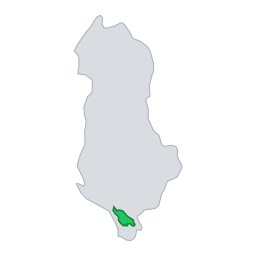 location of Delvinë, Vlorë, Albania
{"feature_id": "67620474B1879164611880", "entity_name": "Delvinë", "entity_type": "district", "adm_level": 2, "iso_a3": "ALB", "parent_name": "Albania", "parent_adm1": "Vlorë", "projection": "robinson", "projection_center": [20.095, 39.973], "detail": "fine", "context": "in_parent", "style": "filled", "palette": "green", "viewbox_px": 256, "rotation_deg": 0, "n_neighbors": 0, "source": "geoboundaries", "source_scale": "gbopen_adm2", "svg_char_len": 1746}
<svg xmlns="http://www.w3.org/2000/svg" viewBox="0 0 256 256"><path d="M77.9,73.9L78.1,70.2L79.1,64.2L78.6,62.3L79.2,58.9L77.3,54.3L74.2,51.1L77.2,45.3L81.6,38.4L85.6,32.8L90.4,27.1L93.7,21.6L97.2,16.8L100.2,15.4L101.6,16.4L102.4,18.4L102.2,24.6L103.3,26.7L105.3,28.3L109.7,27.5L114.5,26.0L121.0,22.7L122.1,22.9L124.6,24.6L129.6,32.1L132.9,38.6L139.5,40.9L143.2,43.4L147.9,47.3L150.2,51.2L153.4,63.1L153.8,70.3L152.9,73.6L152.1,74.4L149.2,86.1L149.9,92.1L149.9,96.0L147.4,97.6L145.7,100.0L148.4,109.8L148.1,114.0L148.2,118.7L153.1,129.6L156.0,133.0L158.6,134.6L161.9,144.6L163.8,146.3L171.8,145.4L175.7,146.5L177.2,148.9L177.6,150.5L177.1,156.1L179.1,160.4L181.8,164.9L181.8,167.6L180.0,172.0L176.8,177.2L172.6,179.2L167.9,180.9L165.7,184.9L164.6,189.2L162.5,192.4L161.2,195.9L159.3,203.0L158.8,205.6L155.7,208.2L150.8,209.2L146.4,209.5L143.4,210.7L141.9,213.1L139.1,215.1L137.4,215.9L137.4,218.1L139.5,222.7L141.8,226.4L141.8,229.3L140.7,230.2L137.1,229.8L136.4,230.9L136.0,234.2L135.0,237.0L133.5,238.8L131.0,240.6L126.3,240.0L121.9,237.2L119.5,236.3L118.2,236.4L117.9,229.5L116.0,224.1L109.0,211.1L86.3,198.6L81.0,193.0L78.6,188.3L76.3,183.8L78.6,183.7L80.8,184.8L83.6,186.1L84.8,183.9L83.6,179.0L77.8,167.6L77.3,164.5L80.2,155.0L85.0,144.2L84.7,131.3L86.2,121.5L84.6,115.1L83.9,107.3L87.4,96.9L90.3,94.4L92.2,91.1L92.3,80.0L85.6,74.9L77.9,73.9Z" fill="#d9dde1" stroke="#a8b0b8" stroke-width="1"/><path d="M113.9,206.9L113.1,210.5L115.1,213.6L118.4,216.6L118.6,220.6L120.7,223.3L123.7,225.9L124.5,225.5L125.3,224.8L126.3,226.0L127.5,225.5L127.7,223.9L130.4,223.8L132.3,225.9L134.2,225.9L135.0,224.5L133.3,221.7L133.4,220.1L127.6,216.4L122.5,210.7L118.4,210.0L117.1,210.9L113.9,206.9Z" fill="#22c55e" stroke="#15803d" stroke-width="1.5"/></svg>